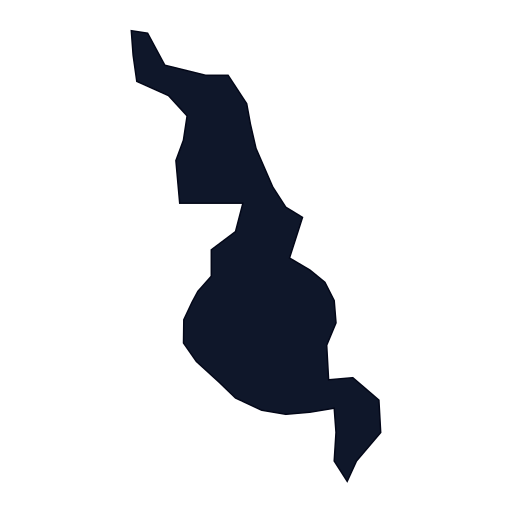 Nisou, Nicosia, Cyprus (Equal Earth projection)
{"feature_id": "46923920B45466837348284", "entity_name": "Nisou", "entity_type": "district", "adm_level": 2, "iso_a3": "CYP", "parent_name": "Cyprus", "parent_adm1": "Nicosia", "projection": "equal_earth", "projection_center": [33.387, 35.036], "detail": "fine", "context": "isolated", "style": "filled", "palette": "ink", "viewbox_px": 512, "rotation_deg": 0, "n_neighbors": 0, "source": "geoboundaries", "source_scale": "gbopen_adm2", "svg_char_len": 711}
<svg xmlns="http://www.w3.org/2000/svg" viewBox="0 0 512 512"><path d="M131.3,30.7L133.1,55.1L136.8,81.4L168.5,95.6L187.1,115.9L183.4,140.3L175.9,160.6L179.7,203.2L211.3,203.2L242.9,203.2L235.5,231.6L211.3,249.8L211.3,276.2L197.9,291.3L192.1,302.1L183.8,319.7L183.5,343.0L196.4,361.5L218.7,381.8L235.5,398.0L261.6,410.2L285.8,414.3L310.0,412.2L334.2,408.2L336.0,432.5L334.2,461.0L347.2,481.3L356.5,461.0L380.7,432.5L378.9,400.1L352.8,377.7L328.6,379.8L326.7,345.2L336.0,322.9L334.2,300.6L324.9,282.3L310.0,270.1L289.5,258.0L302.5,217.4L285.8,207.2L272.7,186.9L256.0,148.4L250.4,124.0L246.7,103.7L228.1,75.3L205.7,75.3L164.8,65.2L147.6,33.2L131.3,30.7Z" fill="#0f172a" stroke="#020617" stroke-width="1.5"/></svg>